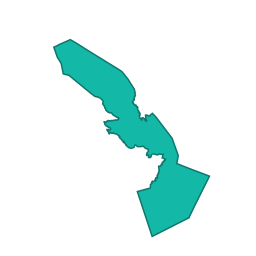 outline of Asunción Tlacolulita, Oaxaca, Mexico, rotated 146°
{"feature_id": "50627088B55334990083111", "entity_name": "Asunción Tlacolulita", "entity_type": "district", "adm_level": 2, "iso_a3": "MEX", "parent_name": "Mexico", "parent_adm1": "Oaxaca", "projection": "equal_earth", "projection_center": [-95.763, 16.21], "detail": "fine", "context": "isolated", "style": "filled", "palette": "teal", "viewbox_px": 256, "rotation_deg": 146, "n_neighbors": 0, "source": "geoboundaries", "source_scale": "gbopen_adm2", "svg_char_len": 5834}
<svg xmlns="http://www.w3.org/2000/svg" viewBox="0 0 256 256"><g transform="rotate(146 128 128)"><path d="M127.4,19.5L127.3,19.8L116.6,26.0L87.4,42.5L99.2,59.2L107.4,71.2L101.8,77.0L97.2,94.7L98.7,121.5L99.6,126.4L99.8,126.3L100.3,126.4L100.6,126.5L103.4,125.9L103.8,126.1L104.6,127.6L105.9,128.8L106.4,128.8L106.6,128.2L107.0,127.6L107.0,127.0L107.9,126.0L108.5,124.7L108.6,123.4L108.9,123.4L109.3,123.6L109.5,123.9L109.5,124.5L109.4,125.4L109.2,126.3L109.3,127.0L109.5,127.6L109.9,128.1L110.6,128.4L111.6,127.5L111.8,127.0L112.1,126.9L112.4,127.2L112.4,127.7L112.0,128.0L111.7,128.6L112.5,129.3L112.4,129.8L112.4,130.6L112.2,131.0L111.7,131.3L111.7,131.6L111.3,131.6L111.3,132.1L111.2,132.5L110.4,132.6L110.2,132.7L110.0,133.2L110.1,133.5L110.3,133.7L110.3,133.8L110.2,133.7L110.1,133.8L109.8,134.1L109.9,134.4L110.0,134.5L109.9,134.7L109.8,134.8L109.9,135.3L109.8,135.6L110.2,135.7L109.9,136.1L109.7,136.3L109.7,137.1L109.5,138.0L109.5,138.3L109.2,138.8L108.8,139.3L108.5,139.4L108.4,139.9L108.3,140.2L108.6,140.3L108.9,140.3L108.9,140.5L108.7,140.5L108.6,140.8L108.8,141.6L108.7,142.4L109.1,142.4L109.0,142.7L109.3,143.1L109.3,143.5L109.5,143.6L109.8,143.6L109.9,144.4L109.8,144.7L109.8,144.8L109.7,144.9L109.7,145.3L109.9,145.4L109.8,145.7L109.9,145.9L109.5,146.1L109.8,146.6L109.7,147.0L109.3,147.2L109.0,147.5L108.7,147.4L108.4,147.5L107.9,147.8L107.7,147.6L107.3,147.6L106.8,148.1L106.5,149.1L106.2,149.1L105.9,149.5L105.6,149.7L105.2,150.1L104.8,150.1L103.5,151.0L103.5,152.1L103.2,152.5L102.8,152.6L102.7,153.0L102.4,153.2L102.2,153.7L101.1,156.6L100.7,168.8L101.5,178.1L102.9,181.6L108.1,193.0L119.3,217.8L123.3,227.1L126.4,233.5L139.0,235.8L140.4,235.8L144.3,236.5L147.0,226.2L147.2,220.9L147.3,218.9L151.4,209.0L147.5,204.7L140.8,182.0L137.9,172.9L137.5,172.3L137.3,172.2L137.2,172.1L136.9,172.0L136.4,171.4L136.3,170.9L135.9,170.9L135.6,170.7L135.4,170.4L135.2,169.9L135.2,169.6L134.6,168.8L134.4,168.4L134.1,167.3L133.6,166.3L133.8,166.0L133.6,165.4L133.6,164.8L133.8,164.3L133.9,163.6L134.6,163.0L134.9,162.9L135.0,162.5L135.3,162.4L135.4,162.1L135.6,161.3L135.5,160.1L135.3,159.5L135.5,158.8L136.1,157.0L135.8,156.3L136.4,155.2L136.2,154.1L135.9,153.6L135.7,152.4L135.4,152.4L135.2,151.5L135.0,151.0L134.8,150.8L133.9,150.4L133.2,149.7L133.2,149.1L133.3,148.9L133.2,148.4L133.0,147.3L133.0,146.8L132.6,146.4L132.4,145.6L132.0,144.7L131.7,144.3L131.6,143.7L131.2,143.4L131.0,142.8L130.8,142.7L130.2,142.1L130.2,141.2L130.4,141.0L131.1,141.0L131.1,140.5L131.4,140.5L132.1,140.5L132.9,140.7L133.3,141.4L133.7,141.6L135.4,142.2L135.8,142.7L136.4,142.6L136.7,142.8L137.4,143.0L137.6,143.6L138.6,143.6L139.0,143.8L139.2,144.3L139.9,144.8L140.2,145.3L140.6,145.4L141.3,145.3L141.7,145.5L142.5,145.3L142.8,144.9L143.2,145.3L143.8,145.9L143.9,146.3L144.3,146.5L145.2,143.6L145.0,142.1L144.8,141.7L144.5,141.3L144.4,140.7L144.1,140.7L144.1,140.4L143.7,140.0L143.7,138.9L143.2,138.8L143.2,138.6L142.8,138.1L142.9,137.3L143.1,137.2L143.2,136.7L143.5,136.4L143.8,136.3L144.0,136.4L144.4,136.6L145.2,137.5L145.9,138.2L146.2,138.6L146.3,138.6L146.5,138.1L146.5,137.5L146.6,137.1L146.6,136.7L146.3,136.2L146.1,135.8L146.3,135.5L146.6,135.4L146.7,135.0L146.7,134.4L146.9,134.1L147.0,133.8L146.9,133.7L146.7,133.9L146.7,134.2L146.5,134.3L146.1,134.4L145.6,134.2L145.4,133.9L145.2,133.6L144.9,133.6L144.7,133.5L144.7,133.2L144.4,132.7L144.1,132.7L143.9,132.7L143.6,132.5L143.5,132.1L143.3,131.9L143.0,131.6L142.6,131.6L142.4,131.5L142.2,130.7L141.9,130.6L141.6,130.0L141.1,129.6L140.7,129.0L140.4,128.4L140.4,128.0L140.3,127.8L140.2,127.3L139.9,126.8L140.1,126.4L140.0,126.1L139.4,125.9L139.4,125.7L139.6,125.5L139.7,125.3L139.8,125.2L140.1,125.3L140.3,125.1L140.5,125.0L140.5,124.8L140.4,124.5L140.2,124.0L140.2,123.4L140.0,123.0L139.9,122.7L139.9,122.4L139.8,122.2L139.8,121.7L139.9,121.2L140.0,120.9L139.8,120.7L139.6,120.5L139.6,120.2L139.3,120.1L139.1,119.8L139.0,119.7L139.1,119.3L139.8,118.8L139.9,118.6L139.8,118.4L139.4,118.5L138.9,118.5L138.8,118.4L138.9,118.0L139.1,117.8L139.2,117.6L139.1,117.2L139.1,116.9L139.1,116.4L139.0,116.1L138.9,115.1L138.9,114.9L139.0,114.8L139.3,114.9L139.3,114.7L139.0,114.4L139.0,114.1L139.0,113.7L138.9,113.0L138.5,112.0L138.5,111.5L138.5,111.4L138.3,111.3L137.9,110.9L137.6,110.5L137.3,109.9L136.9,109.6L135.7,109.0L134.9,108.8L134.0,108.7L133.5,108.8L133.1,109.1L132.2,109.7L131.8,109.9L131.5,109.9L131.1,109.4L130.7,107.9L130.3,107.0L127.8,105.4L127.1,105.0L125.7,104.5L125.4,104.1L125.1,102.1L124.8,101.3L124.4,100.6L123.6,99.9L123.2,99.5L123.0,99.2L123.3,98.8L123.6,98.4L124.4,97.2L125.3,96.9L125.8,96.8L126.4,96.6L127.0,96.1L127.5,95.5L127.8,94.9L127.6,94.5L127.3,94.3L126.7,94.5L126.5,94.4L126.3,94.2L126.2,94.0L126.2,93.7L126.4,93.3L126.8,92.7L127.4,92.1L127.0,91.6L126.2,91.1L125.2,91.2L124.3,91.8L123.4,92.8L122.3,92.7L121.1,92.1L120.3,91.2L119.6,90.2L118.4,89.1L117.3,89.2L116.1,88.5L114.6,86.9L113.5,86.6L115.2,85.0L116.4,84.2L114.4,81.3L114.8,81.2L114.9,80.8L115.3,80.7L115.5,81.1L116.0,80.8L116.0,80.5L116.3,80.3L116.5,80.6L117.0,80.6L117.3,80.1L117.7,80.0L118.2,80.0L118.2,80.3L118.5,80.4L118.6,80.0L118.9,79.9L119.2,79.6L119.4,79.5L119.7,79.6L119.7,79.2L120.3,79.0L120.3,78.5L120.7,78.6L121.0,79.0L121.3,78.8L121.5,78.7L121.7,78.4L122.0,78.3L122.3,78.2L122.5,78.0L123.0,78.7L123.5,79.0L123.9,79.1L124.1,79.1L125.4,76.4L125.8,75.6L125.9,75.1L126.4,75.1L126.5,74.6L127.0,74.3L127.5,74.2L127.8,73.5L128.4,73.4L128.6,72.8L128.9,72.7L128.9,73.0L129.3,72.7L129.8,72.6L130.4,72.3L130.5,71.6L130.9,71.4L131.2,70.5L131.7,70.0L132.0,70.5L132.1,71.1L132.5,71.2L132.9,71.0L132.9,70.5L133.9,70.4L134.5,70.0L134.1,69.2L134.7,68.8L135.0,69.2L135.2,69.4L135.8,69.2L136.3,69.3L137.1,69.6L137.3,70.1L138.1,69.9L138.5,70.0L139.1,69.4L138.7,69.1L139.1,68.8L140.3,68.6L141.0,68.6L142.4,66.5L143.1,65.8L155.8,70.1L168.6,24.6L127.4,19.5Z" fill="#14b8a6" stroke="#0f766e" stroke-width="1.5"/></g></svg>